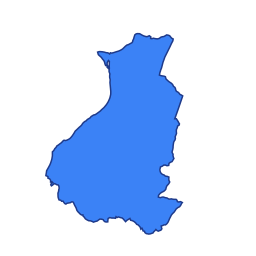 the district of São Francisco de Itabapoana, Rio de Janeiro, Brazil, rotated 193°
{"feature_id": "56859067B40188344315661", "entity_name": "São Francisco de Itabapoana", "entity_type": "district", "adm_level": 2, "iso_a3": "BRA", "parent_name": "Brazil", "parent_adm1": "Rio de Janeiro", "projection": "mercator", "projection_center": [-41.135, -21.454], "detail": "fine", "context": "isolated", "style": "filled", "palette": "blue", "viewbox_px": 256, "rotation_deg": 193, "n_neighbors": 0, "source": "geoboundaries", "source_scale": "gbopen_adm2", "svg_char_len": 4551}
<svg xmlns="http://www.w3.org/2000/svg" viewBox="0 0 256 256"><g transform="rotate(193 128 128)"><path d="M72.3,37.4L72.9,38.4L73.6,40.0L72.2,40.8L71.2,41.7L69.6,42.1L68.5,43.6L67.8,45.3L67.4,47.3L67.1,49.1L66.7,50.6L66.2,52.8L65.4,54.5L64.2,56.3L63.5,58.0L62.9,59.8L61.6,61.6L60.0,62.9L59.2,64.7L58.9,66.3L58.3,67.6L60.2,68.1L61.9,67.3L63.3,67.4L64.0,68.6L65.1,69.3L66.5,69.0L67.9,68.7L69.9,68.7L71.3,68.1L72.5,68.0L74.2,68.6L76.2,68.5L77.8,68.7L79.1,68.4L80.8,67.4L82.9,67.5L83.1,69.3L82.0,71.5L80.7,72.9L79.7,73.7L78.7,74.6L78.0,75.6L77.4,76.7L77.4,78.9L77.0,80.7L76.3,81.8L75.7,83.0L75.2,84.8L76.4,86.2L76.9,88.0L77.1,89.4L78.9,89.7L80.8,89.5L82.1,90.3L83.8,90.5L85.2,91.1L86.2,91.9L87.0,93.1L87.6,94.5L87.6,95.9L87.6,97.4L86.1,98.4L84.8,99.9L83.0,100.3L81.6,100.0L79.9,100.7L80.1,102.8L79.0,104.1L77.5,105.2L76.9,107.1L76.4,108.6L77.2,109.7L77.9,111.1L78.2,112.6L79.5,114.0L79.7,115.2L79.6,116.4L79.6,117.7L79.7,119.0L80.0,120.6L80.2,122.6L80.3,124.4L80.0,125.8L79.5,126.9L79.5,128.7L80.1,129.9L79.8,131.7L79.5,133.6L80.1,135.4L80.5,137.2L80.1,139.4L80.1,141.1L78.8,142.4L78.8,143.6L79.8,144.6L80.6,145.6L83.0,147.9L84.5,147.5L83.4,157.1L81.9,171.6L83.6,172.2L84.9,172.4L86.0,173.4L87.4,174.2L89.0,174.6L90.0,175.7L90.6,177.0L91.4,178.1L93.0,178.8L94.4,180.5L96.1,181.5L97.9,182.1L99.4,182.8L100.5,183.5L101.6,184.0L102.4,185.0L103.1,186.4L104.5,186.6L105.9,186.5L107.4,186.4L109.3,186.6L109.4,189.0L109.2,190.7L109.2,191.9L108.9,193.5L108.8,195.1L108.7,199.9L108.3,203.1L108.1,205.2L105.4,216.6L104.7,220.0L103.9,223.0L104.0,224.9L105.8,225.4L108.2,227.3L109.8,227.5L111.3,227.4L112.2,226.5L113.6,225.2L115.2,224.6L116.5,223.8L117.7,222.3L119.5,221.4L121.6,221.2L123.5,221.2L124.8,220.4L126.1,220.3L126.2,221.9L128.0,222.7L129.6,221.5L130.8,221.1L133.6,221.3L135.6,221.8L137.8,222.5L140.1,222.1L141.3,221.5L142.3,220.3L142.5,218.1L142.6,216.0L143.0,214.3L142.9,213.1L143.5,211.8L144.4,211.1L145.4,210.2L146.4,209.3L147.7,208.6L149.0,207.0L150.0,205.4L151.1,203.7L152.9,202.0L154.5,200.8L156.5,199.7L158.8,198.3L160.7,197.3L162.1,197.3L162.5,196.0L164.4,196.7L166.3,196.5L168.1,196.6L170.1,196.5L172.2,196.2L173.4,195.9L174.7,195.1L173.4,192.8L172.2,192.1L170.9,191.4L169.7,190.7L168.3,189.4L167.0,188.5L165.9,187.3L164.8,185.2L163.9,183.9L162.5,184.8L163.0,186.8L162.7,188.2L162.2,189.4L161.1,188.6L160.9,187.4L160.1,183.6L159.6,182.0L159.4,179.9L159.1,178.6L157.8,176.6L157.7,175.2L157.3,173.3L156.2,171.0L155.8,168.2L153.9,162.5L153.0,159.7L152.6,157.9L152.4,156.6L152.4,155.2L152.4,153.7L152.6,152.1L152.9,150.4L153.3,148.7L153.8,147.3L154.3,145.9L155.1,144.3L156.0,142.5L157.0,141.1L158.0,139.7L158.6,138.6L159.4,137.6L160.6,136.2L161.8,134.8L163.0,133.6L164.5,132.9L165.5,131.9L166.5,130.9L167.2,129.4L168.5,128.1L169.5,127.2L170.4,125.6L171.8,124.4L173.2,122.3L173.7,120.7L174.5,119.3L175.7,117.7L176.8,116.0L177.7,114.6L178.7,113.2L179.3,111.2L179.9,109.5L180.6,107.7L181.3,106.3L181.9,105.2L182.7,104.2L183.7,103.3L184.8,102.4L186.1,101.7L187.6,101.7L188.4,100.8L189.1,99.5L189.9,98.3L190.8,97.3L192.0,95.8L193.3,94.5L193.8,92.8L194.7,91.4L195.0,90.2L195.4,89.1L196.3,87.8L195.8,85.6L195.4,83.8L195.3,82.2L195.2,80.7L195.3,78.8L195.5,76.6L195.8,74.7L196.3,72.8L196.8,71.0L197.2,69.7L197.7,68.0L197.5,66.3L197.4,64.4L197.3,63.1L195.1,62.7L194.7,61.1L192.9,60.8L191.7,59.7L191.3,58.0L190.1,58.6L189.0,57.8L190.2,57.0L190.5,55.3L189.6,54.4L188.7,55.3L188.0,56.3L187.2,57.2L186.1,57.2L184.8,56.7L183.3,56.8L182.4,56.0L181.8,54.7L181.5,53.5L181.6,52.3L181.4,50.7L181.6,48.8L181.2,47.2L180.6,45.0L179.9,43.7L179.0,42.4L177.3,42.5L176.2,41.7L174.8,42.1L173.6,40.9L172.5,40.1L171.4,39.9L170.6,40.9L169.2,41.5L167.3,42.3L166.4,43.3L165.2,43.6L164.2,42.9L163.0,41.2L161.8,39.8L160.7,38.6L159.2,36.2L157.9,35.1L156.0,33.9L154.9,33.2L153.5,32.8L152.4,33.2L152.0,32.1L150.6,31.3L149.1,29.9L147.4,29.3L145.4,28.8L143.8,29.1L141.9,28.9L140.5,28.5L138.9,29.5L137.0,30.5L135.9,31.9L134.9,32.9L133.3,33.2L131.5,33.1L130.6,32.1L129.4,31.5L128.1,31.5L126.6,32.0L126.9,33.8L127.0,35.4L125.6,36.6L123.6,36.6L121.5,37.1L120.0,37.2L119.7,38.9L118.6,38.2L117.4,39.2L115.4,39.0L113.5,39.0L112.3,38.4L110.8,37.3L109.3,36.2L108.3,37.8L107.1,39.0L105.8,40.3L104.7,38.7L103.0,38.7L101.0,38.2L99.3,37.3L97.8,36.1L96.4,35.9L95.3,35.2L93.9,34.2L92.7,32.3L91.9,33.5L91.0,32.5L90.2,31.1L88.7,31.1L88.0,29.9L86.4,29.2L85.3,29.3L84.0,29.3L82.4,29.9L81.3,30.6L80.0,31.4L79.5,32.8L78.6,34.1L78.0,35.4L76.7,34.6L75.3,34.3L74.2,35.1L73.0,35.8L72.3,37.4ZM162.5,184.8L162.2,182.7L160.7,181.7L161.4,183.6L162.5,184.8Z" fill="#3b82f6" stroke="#1e3a8a" stroke-width="1.5"/></g></svg>